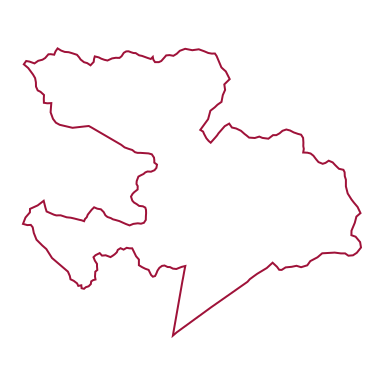 Anápolis, Goiás, Brazil (orthographic projection)
{"feature_id": "56859067B45329954534433", "entity_name": "Anápolis", "entity_type": "district", "adm_level": 2, "iso_a3": "BRA", "parent_name": "Brazil", "parent_adm1": "Goiás", "projection": "orthographic", "projection_center": [-49.011, -16.306], "detail": "fine", "context": "isolated", "style": "outline", "palette": "rose", "viewbox_px": 384, "rotation_deg": 0, "n_neighbors": 0, "source": "geoboundaries", "source_scale": "gbopen_adm2", "svg_char_len": 3953}
<svg xmlns="http://www.w3.org/2000/svg" viewBox="0 0 384 384"><path d="M216.6,56.0L214.9,53.5L211.8,53.6L208.3,53.0L204.3,51.3L198.8,49.3L192.3,50.2L185.2,48.8L179.8,50.8L176.7,53.8L173.4,55.8L169.6,55.1L166.2,55.4L164.4,57.5L161.3,61.0L158.9,62.1L155.0,62.1L153.3,59.6L152.8,56.9L150.8,59.0L147.5,57.9L142.0,55.9L139.1,55.3L135.7,53.1L133.4,53.0L130.9,52.2L128.6,51.3L126.2,51.4L123.8,52.8L121.6,56.2L119.5,57.9L115.7,57.8L112.1,58.4L107.5,60.5L104.4,59.8L101.3,58.7L98.8,57.4L94.8,56.4L94.0,59.2L93.7,61.9L90.5,65.3L87.2,63.1L84.0,62.2L80.6,59.5L79.1,57.3L77.0,54.8L71.8,53.1L68.7,52.2L64.7,51.9L61.2,50.6L57.6,48.4L55.5,51.4L54.2,54.7L50.8,54.2L48.4,54.3L45.2,58.0L42.5,59.7L38.2,60.8L34.5,63.4L29.5,61.6L26.2,61.0L23.8,64.3L28.2,68.0L33.0,74.5L35.1,78.1L35.9,82.3L36.0,86.6L37.7,90.4L40.5,91.8L44.0,95.0L43.8,98.7L43.9,102.8L47.3,103.3L51.3,103.1L51.0,106.8L50.6,112.3L53.0,118.9L55.9,122.7L59.7,124.8L72.5,127.8L85.0,126.4L88.8,126.0L91.7,127.6L121.2,144.8L124.6,147.4L128.5,148.8L132.3,150.0L135.0,152.2L137.7,152.9L141.0,152.9L148.5,153.4L151.8,154.3L154.0,157.6L154.3,160.1L154.3,162.6L157.0,164.6L156.4,167.9L154.5,170.2L151.0,171.7L147.5,171.5L145.3,172.4L143.5,174.0L141.2,175.1L138.4,176.6L136.7,181.1L136.5,184.0L137.7,186.1L137.6,189.5L134.3,192.1L132.6,193.8L131.0,196.6L132.3,200.6L134.0,202.5L136.7,204.1L139.1,205.9L142.9,206.3L145.3,207.6L146.0,209.9L146.1,213.2L145.9,216.1L145.8,219.9L143.9,222.8L141.0,223.7L137.8,223.3L133.3,223.9L129.6,225.4L125.9,224.0L123.4,222.9L119.4,221.1L115.2,219.9L112.9,219.3L110.8,218.1L107.5,217.0L105.4,215.3L103.7,212.1L100.9,209.3L97.3,208.7L94.1,207.3L91.6,209.8L87.8,214.6L86.7,217.3L85.0,219.0L84.1,221.2L81.6,220.3L79.3,219.8L74.2,218.5L70.7,217.7L66.7,217.3L60.6,215.3L56.3,215.4L53.9,214.7L50.3,213.1L46.6,211.5L45.4,207.6L43.7,200.8L37.7,205.4L30.0,208.9L29.9,212.4L25.5,217.5L23.0,223.9L27.3,225.1L30.8,224.9L32.7,227.3L33.8,232.9L36.5,239.7L42.3,245.5L46.3,249.0L52.0,258.0L67.9,271.6L69.8,275.9L70.5,279.3L73.7,280.8L77.1,283.4L78.3,285.9L81.3,285.3L81.6,288.2L84.0,288.8L85.8,287.2L88.6,286.3L90.8,284.1L91.2,281.4L93.2,280.1L95.5,279.5L95.0,276.5L95.3,271.7L97.3,270.0L97.0,266.4L97.0,263.9L94.9,260.7L93.5,257.2L95.5,255.2L99.7,253.1L102.0,255.6L105.7,255.3L110.5,257.1L112.6,255.8L114.7,254.3L116.8,252.3L117.8,249.9L120.5,248.2L123.6,249.6L126.7,247.8L129.3,248.3L132.2,248.3L134.5,253.0L136.1,256.3L138.9,259.5L138.9,265.2L142.2,267.2L145.4,268.8L148.6,269.9L151.1,275.0L152.9,276.7L155.1,276.0L156.4,273.4L157.5,270.6L159.4,267.8L162.0,265.9L164.5,265.5L167.6,267.0L170.0,267.1L172.9,268.6L176.3,269.0L181.6,266.9L185.3,266.0L184.3,271.0L183.1,277.7L182.5,280.7L181.9,284.1L181.5,286.4L173.6,331.4L172.9,335.6L176.9,332.2L211.1,307.3L247.5,281.8L249.8,279.2L253.3,276.6L257.2,273.8L266.8,268.0L272.6,262.7L277.0,266.8L279.2,269.8L281.7,269.9L285.6,267.4L291.7,266.8L296.5,265.8L301.1,267.2L307.3,265.3L310.3,261.1L317.5,257.3L322.2,253.3L334.7,252.6L340.9,253.4L345.1,253.4L348.4,255.7L353.0,255.3L356.8,252.8L361.0,247.5L360.1,242.1L355.6,236.7L351.4,235.2L351.5,230.7L354.8,222.8L356.4,216.6L360.5,213.1L357.6,207.0L353.9,202.6L351.5,199.5L347.7,193.5L345.9,186.4L345.9,179.7L344.8,176.2L344.6,172.2L343.4,169.8L339.0,168.8L337.0,166.9L334.9,164.8L332.7,162.4L328.7,160.7L325.5,162.9L322.7,163.8L318.5,162.1L316.2,159.4L313.4,155.7L310.6,153.5L307.4,152.7L303.2,152.5L303.8,148.9L303.3,146.1L303.4,142.5L303.1,137.9L301.1,134.7L298.0,133.9L293.7,132.4L290.1,130.5L286.3,129.5L282.5,130.8L279.6,133.3L276.4,135.1L273.1,135.1L268.4,138.7L262.4,137.9L259.3,136.6L254.8,138.0L249.1,137.6L246.7,135.6L244.6,134.0L241.0,130.8L236.2,128.5L231.9,127.5L229.2,123.6L224.7,126.2L218.5,133.3L217.1,135.4L215.5,137.3L210.7,142.7L208.7,141.0L206.4,138.3L204.0,133.8L203.1,131.6L200.3,129.9L208.1,119.2L210.4,110.7L214.7,107.4L217.5,104.7L221.5,101.9L222.8,95.1L225.1,89.9L224.3,84.4L229.7,79.1L225.8,71.4L223.2,69.1L221.4,67.4L216.6,56.0Z" fill="none" stroke="#9f1239" stroke-width="2"/></svg>